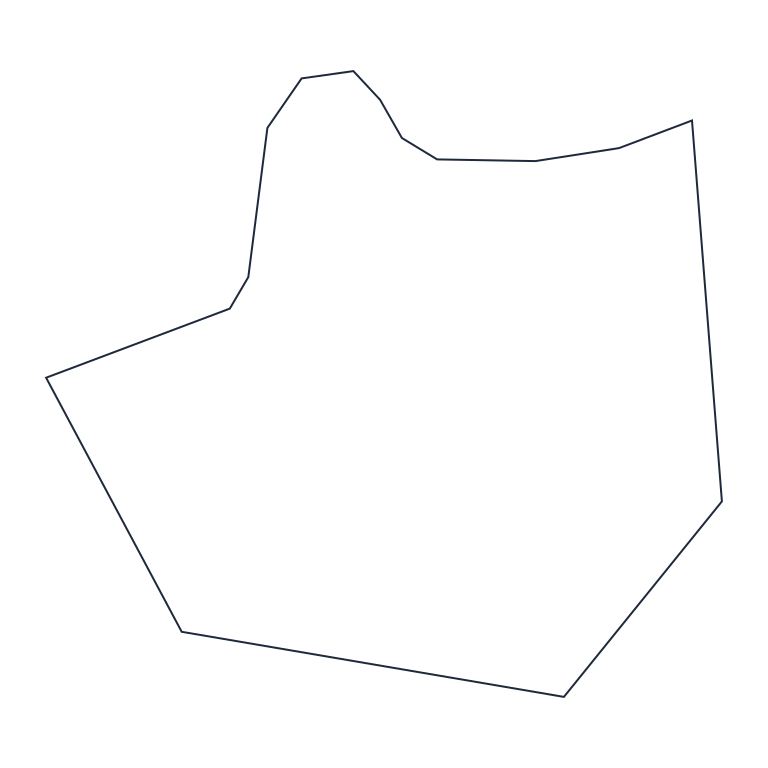 the border of Limerick
{"feature_id": "IRL-5570", "entity_name": "Limerick", "entity_type": "City", "adm_level": 1, "iso_a3": "IRL", "parent_name": "Ireland", "parent_adm1": "", "projection": "albers", "projection_center": [-8.613, 52.652], "detail": "fine", "context": "isolated", "style": "outline", "palette": "slate", "viewbox_px": 768, "rotation_deg": 0, "n_neighbors": 0, "source": "natural_earth", "source_scale": "10m", "svg_char_len": 314}
<svg xmlns="http://www.w3.org/2000/svg" viewBox="0 0 768 768"><path d="M353.4,71.1L380.1,99.8L401.9,138.0L437.1,159.4L535.4,161.1L619.0,148.1L692.0,120.5L721.9,501.4L563.9,696.9L181.7,631.8L46.1,377.7L229.8,308.6L248.3,277.1L267.4,127.9L301.6,78.4L353.4,71.1Z" fill="none" stroke="#1e293b" stroke-width="2"/></svg>